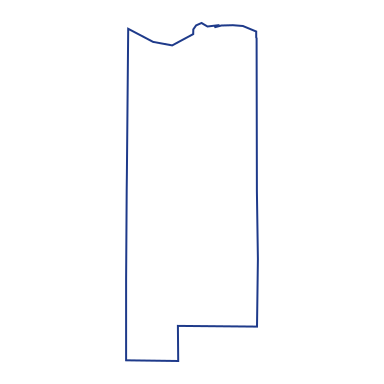 Gasconade, Missouri, United States of America (Mercator projection)
{"feature_id": "52423323B71639417282094", "entity_name": "Gasconade", "entity_type": "district", "adm_level": 2, "iso_a3": "USA", "parent_name": "United States of America", "parent_adm1": "Missouri", "projection": "mercator", "projection_center": [-91.491, 38.433], "detail": "fine", "context": "isolated", "style": "outline", "palette": "blue", "viewbox_px": 384, "rotation_deg": 0, "n_neighbors": 0, "source": "geoboundaries", "source_scale": "gbopen_adm2", "svg_char_len": 435}
<svg xmlns="http://www.w3.org/2000/svg" viewBox="0 0 384 384"><path d="M257.0,326.6L257.9,259.1L256.9,191.3L256.6,38.3L256.2,37.4L256.2,31.5L242.9,26.0L232.9,25.2L221.5,25.5L214.5,27.3L216.8,25.4L207.5,26.5L201.5,23.0L196.1,25.4L193.3,29.4L193.2,34.1L172.2,45.4L153.1,41.9L128.2,28.8L126.9,172.8L126.7,189.5L126.1,279.3L126.1,360.3L132.8,360.4L178.2,361.0L177.9,325.9L257.0,326.6Z" fill="none" stroke="#1e3a8a" stroke-width="2"/></svg>